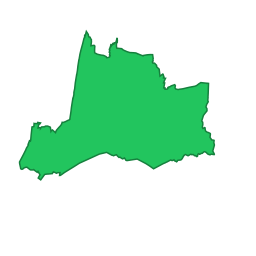 outline of Tadaiķu pag., Durbes, Latvia, rotated 111°
{"feature_id": "27541924B16755301218302", "entity_name": "Tadaiķu pag.", "entity_type": "district", "adm_level": 2, "iso_a3": "LVA", "parent_name": "Latvia", "parent_adm1": "Durbes", "projection": "natural_earth1", "projection_center": [21.303, 56.588], "detail": "fine", "context": "isolated", "style": "filled", "palette": "green", "viewbox_px": 256, "rotation_deg": 111, "n_neighbors": 0, "source": "geoboundaries", "source_scale": "gbopen_adm2", "svg_char_len": 5373}
<svg xmlns="http://www.w3.org/2000/svg" viewBox="0 0 256 256"><g transform="rotate(111 128 128)"><path d="M196.8,174.9L196.5,174.4L196.5,174.2L196.4,174.1L194.8,173.0L192.2,171.3L183.3,164.5L178.3,160.8L162.6,145.4L158.4,139.2L159.2,133.3L159.0,132.5L159.1,131.6L157.2,129.4L157.1,129.2L157.8,128.0L158.3,126.9L158.7,125.8L158.1,125.0L158.6,123.3L158.7,122.4L158.6,122.1L158.7,121.8L157.3,120.6L157.5,120.2L158.9,118.3L158.8,117.3L153.8,108.5L153.7,108.0L154.8,98.6L155.6,94.6L156.9,89.5L148.8,82.5L147.4,81.1L147.2,80.8L146.3,80.1L145.6,79.3L144.6,78.5L142.5,76.6L142.7,75.7L142.5,75.1L142.3,74.9L142.3,74.6L141.9,74.2L141.2,73.7L141.6,73.0L142.0,72.4L142.1,72.1L141.9,71.6L141.9,71.4L142.1,70.9L142.2,70.6L142.0,70.4L141.3,70.1L140.5,70.0L140.1,69.7L139.8,68.9L139.5,68.5L139.4,68.1L139.1,67.6L138.9,67.2L137.7,66.6L135.7,66.2L135.1,66.3L134.5,66.0L133.6,66.0L133.2,65.6L132.9,65.4L132.5,65.3L132.2,64.9L132.1,64.7L132.4,62.5L132.3,61.9L130.0,60.0L129.9,59.7L130.1,58.9L129.9,58.4L129.5,58.0L129.4,57.8L129.4,57.3L130.0,56.2L130.0,55.9L129.9,55.5L129.5,54.9L129.5,54.7L129.9,54.3L130.0,54.1L130.1,53.9L130.0,53.5L129.8,53.2L129.4,53.0L127.8,53.3L127.6,53.3L126.8,53.0L126.7,52.9L126.7,52.7L126.8,52.4L126.9,51.9L126.8,51.6L125.4,50.4L125.0,49.6L124.8,49.5L123.8,49.0L123.1,48.5L122.8,48.3L122.7,48.0L122.6,47.7L122.6,47.1L122.9,46.0L123.7,44.3L123.7,43.3L123.8,42.6L123.5,41.8L123.4,41.5L122.6,40.9L122.3,39.9L122.3,39.1L121.9,38.0L121.5,38.0L120.0,39.6L119.2,40.6L113.1,41.2L112.3,41.6L111.2,42.5L110.9,42.6L108.7,43.2L108.7,43.6L108.8,44.1L109.1,45.8L108.9,46.0L108.4,46.5L107.5,47.9L107.3,48.1L106.0,48.4L104.1,48.9L103.7,49.2L103.6,49.4L103.6,50.2L103.4,50.8L103.5,52.9L103.0,54.5L101.9,55.3L100.2,56.2L100.2,56.4L100.2,56.8L100.3,56.9L101.2,57.4L101.6,57.9L100.6,58.9L97.9,59.4L95.9,60.3L95.7,60.5L95.4,61.3L94.9,61.6L94.7,61.7L89.4,62.1L87.7,61.7L83.7,60.4L81.7,61.2L80.6,62.6L80.3,62.8L77.7,63.0L74.8,62.5L73.8,63.3L73.0,63.6L70.8,64.2L70.5,64.4L66.8,65.6L57.5,68.8L57.8,70.0L58.0,70.2L57.9,70.3L59.1,74.7L59.5,76.3L61.4,77.7L63.7,79.1L64.9,80.3L68.1,85.5L71.9,91.1L73.4,93.9L74.0,94.7L74.2,95.4L74.5,97.3L73.6,98.6L71.6,98.9L70.8,99.9L73.2,102.8L74.6,103.7L74.8,104.3L75.9,105.3L76.0,105.3L76.8,104.9L77.2,105.1L77.9,105.9L78.5,107.3L77.3,107.8L77.7,109.0L72.8,109.9L73.1,111.0L68.9,110.9L68.2,110.8L68.3,111.1L68.4,112.6L68.5,112.8L68.0,112.9L67.5,112.7L67.2,112.9L66.3,113.7L66.2,113.8L65.8,114.2L65.5,114.3L65.3,114.4L65.2,114.9L68.1,116.7L61.9,120.0L60.6,123.2L59.2,123.8L58.6,125.2L58.1,126.1L58.0,126.8L58.5,127.9L58.4,128.1L57.6,128.9L56.3,128.6L55.5,129.2L54.4,129.3L54.1,129.4L50.7,131.3L51.5,133.6L52.4,135.5L53.3,137.2L54.8,139.7L55.1,139.6L55.3,139.8L55.3,143.0L55.2,145.6L55.3,145.6L55.1,147.4L55.8,150.0L56.9,153.3L57.1,156.2L56.9,160.3L56.3,162.0L56.2,162.4L56.6,163.8L57.1,165.7L57.6,166.9L57.1,167.3L56.2,167.9L54.8,168.5L53.6,168.9L53.1,169.0L51.8,168.7L51.2,169.0L50.5,169.1L49.7,169.5L48.3,170.1L48.4,170.5L49.3,170.3L51.0,170.1L52.7,170.1L53.3,171.2L54.1,171.1L54.6,171.2L54.7,171.4L54.8,171.5L54.4,171.7L54.4,171.8L54.2,172.1L54.4,172.4L54.7,172.5L55.3,172.4L55.6,172.7L56.1,172.6L56.6,172.7L56.7,172.8L56.3,172.9L56.2,173.1L56.4,173.2L56.3,173.4L56.4,173.5L56.4,173.8L56.7,173.7L56.8,173.8L57.0,173.8L57.2,173.6L57.8,173.6L57.5,173.1L58.0,173.0L58.3,173.3L58.5,173.3L58.6,173.5L58.9,173.6L59.2,173.4L59.7,173.6L60.2,173.4L60.3,173.4L60.5,173.5L60.7,173.4L61.0,173.5L61.3,173.3L61.6,173.4L61.8,173.0L61.9,172.8L62.1,172.8L62.0,173.1L62.4,172.9L63.3,172.7L63.7,172.7L63.8,172.5L64.0,172.5L64.0,172.4L63.8,172.3L64.3,171.8L64.6,171.8L65.6,171.4L66.4,171.5L66.8,171.1L66.8,170.7L68.2,170.6L68.6,170.9L68.7,171.1L69.7,172.4L70.0,173.1L69.8,173.4L69.2,174.0L69.0,176.4L69.0,177.0L69.4,178.6L69.5,178.7L70.0,182.2L70.1,183.6L69.9,184.3L69.9,185.4L69.6,186.1L67.8,186.9L66.3,187.4L66.1,187.5L63.5,188.3L63.0,188.9L63.1,189.6L64.5,192.1L60.6,193.0L59.9,193.4L58.7,193.8L58.0,194.8L56.8,196.0L56.9,197.4L54.9,198.6L52.8,201.5L57.2,201.0L56.5,201.2L56.6,201.6L56.9,201.7L57.3,201.6L57.9,201.4L57.9,201.0L58.6,200.9L59.1,200.8L59.5,201.2L60.2,201.2L65.7,200.5L71.9,199.9L76.4,199.3L81.8,198.2L81.9,198.3L88.0,197.0L92.6,195.8L97.0,194.9L97.0,195.0L104.7,193.4L110.3,191.9L114.0,191.3L116.2,190.5L120.1,189.9L120.1,190.1L129.0,188.2L133.3,187.1L140.9,185.4L141.7,186.0L142.8,187.2L144.1,188.3L145.7,190.0L146.3,191.3L146.3,191.5L147.6,191.4L148.9,191.5L150.3,191.9L152.2,192.7L155.8,194.0L157.4,194.1L158.3,194.0L156.9,197.9L158.0,198.6L158.7,198.7L155.1,200.8L155.0,202.6L155.0,203.7L155.9,205.9L156.7,206.2L158.0,209.1L159.6,209.5L159.3,209.6L159.2,210.2L159.5,210.9L160.2,212.0L156.7,212.6L155.7,211.7L154.6,211.5L155.0,213.4L155.1,214.2L156.3,214.0L156.4,214.3L157.4,217.0L157.4,217.3L160.4,216.4L161.4,218.0L169.3,215.9L174.1,214.5L175.2,214.4L175.1,215.4L179.2,215.4L179.5,214.9L183.3,215.6L185.1,215.6L189.2,216.0L189.4,216.0L198.6,217.1L200.1,216.4L203.7,214.0L204.5,213.6L204.6,212.3L204.0,211.5L202.6,210.8L201.5,209.6L200.8,208.4L202.0,204.5L202.0,203.9L201.6,202.7L200.8,200.8L200.7,200.8L201.1,199.8L201.8,197.2L201.9,196.9L200.8,196.5L203.3,193.3L205.0,193.7L206.9,193.9L207.7,190.9L201.4,189.2L201.1,189.0L199.9,186.9L199.6,186.1L197.7,182.3L196.4,182.3L196.0,181.9L196.0,181.7L195.8,181.7L195.9,181.4L195.7,181.2L195.6,180.9L195.9,178.6L195.0,177.7L194.0,175.5L196.8,174.9Z" fill="#22c55e" stroke="#15803d" stroke-width="1.5"/></g></svg>